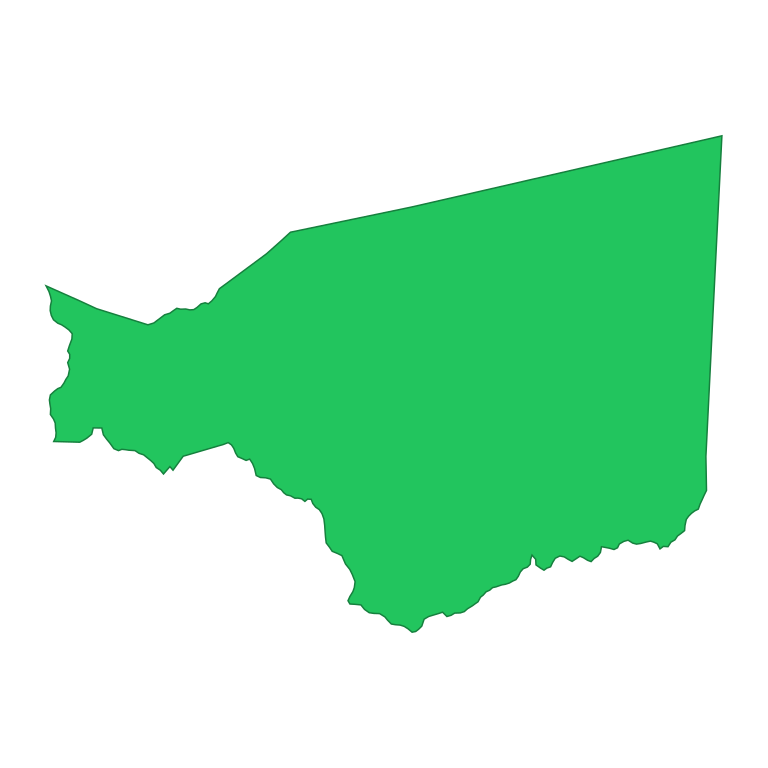 the district of Serra Dourada, Bahia, Brazil
{"feature_id": "56859067B90696169836223", "entity_name": "Serra Dourada", "entity_type": "district", "adm_level": 2, "iso_a3": "BRA", "parent_name": "Brazil", "parent_adm1": "Bahia", "projection": "equal_earth", "projection_center": [-43.899, -12.812], "detail": "fine", "context": "isolated", "style": "filled", "palette": "green", "viewbox_px": 768, "rotation_deg": 0, "n_neighbors": 0, "source": "geoboundaries", "source_scale": "gbopen_adm2", "svg_char_len": 3039}
<svg xmlns="http://www.w3.org/2000/svg" viewBox="0 0 768 768"><path d="M53.7,441.5L79.8,442.2L83.2,440.4L86.8,438.2L91.7,434.2L93.2,427.9L101.8,428.0L103.4,434.8L106.6,439.1L109.8,443.0L113.9,448.7L118.5,450.6L121.9,449.3L125.6,449.7L128.8,450.2L135.0,450.6L139.0,453.3L143.6,454.8L147.2,457.7L150.7,460.5L153.9,463.5L156.2,467.5L160.3,470.2L163.5,474.0L169.9,466.6L173.0,470.2L183.2,456.2L186.4,455.3L218.4,445.9L223.0,444.6L228.2,442.6L231.5,444.9L233.8,448.4L235.6,453.0L237.8,456.7L241.8,458.4L246.1,460.4L249.7,459.1L252.6,463.6L254.6,468.6L256.2,475.5L260.4,477.5L265.7,477.8L270.5,479.1L273.7,483.9L277.3,487.5L281.3,489.7L283.7,492.7L286.5,494.9L290.5,495.8L294.9,498.2L298.0,498.1L301.6,498.8L304.9,501.4L307.6,499.1L311.2,499.3L312.8,503.5L315.7,507.2L319.3,509.6L322.0,513.6L323.9,518.9L324.7,525.5L325.1,531.6L325.5,536.9L326.2,542.9L329.6,547.4L332.2,551.3L336.8,553.2L341.9,555.6L345.5,564.0L349.8,569.4L352.3,574.5L355.1,581.6L354.3,587.6L352.9,591.6L349.9,596.5L348.0,600.7L349.9,604.0L354.8,604.3L360.9,604.9L364.5,609.4L369.2,612.7L373.8,613.4L379.6,613.6L384.9,616.9L387.6,620.2L391.3,624.0L395.3,624.7L400.2,625.1L404.0,626.3L407.9,628.7L412.1,632.2L415.7,631.5L418.7,629.2L421.8,626.1L424.1,619.2L428.7,616.5L432.6,615.3L439.0,613.4L442.6,612.2L446.9,616.5L451.1,615.3L454.7,613.1L460.3,612.9L464.3,611.6L467.6,608.7L472.4,605.8L475.1,603.8L478.0,601.8L480.5,597.2L483.2,595.1L486.1,591.8L489.7,590.2L492.6,587.6L495.9,586.9L501.8,584.9L505.3,584.3L509.4,583.0L512.9,581.0L515.9,579.7L518.3,576.3L520.3,572.0L523.2,568.7L527.4,567.1L530.2,564.2L530.6,559.4L532.0,555.1L535.7,559.3L536.0,564.9L540.5,568.1L544.0,570.2L546.9,568.1L550.6,566.8L552.5,562.7L555.2,558.3L559.8,556.0L564.3,556.9L568.1,559.3L572.1,561.4L576.2,558.7L579.9,556.2L583.4,557.7L587.6,560.3L591.1,561.6L594.2,558.4L597.7,556.2L600.4,552.5L601.5,546.7L609.4,548.2L614.0,549.5L617.5,547.8L619.3,544.0L623.8,541.4L628.1,540.2L632.7,543.1L636.5,544.1L640.6,543.5L646.3,542.0L650.5,541.1L653.9,542.2L657.3,543.8L660.0,548.9L663.3,546.4L668.0,546.7L670.9,542.2L675.0,539.8L677.5,536.0L680.8,533.6L684.6,530.6L685.0,525.5L686.3,519.4L688.6,516.2L691.5,513.3L694.7,510.9L698.3,509.1L700.1,504.0L702.0,500.0L704.1,495.3L706.5,490.4L705.9,456.4L713.3,307.4L721.9,135.8L586.4,166.9L531.5,179.5L411.2,207.1L290.5,232.2L280.0,241.8L266.5,253.8L223.2,285.9L219.4,288.7L217.1,293.1L215.5,296.5L211.8,300.9L208.4,303.8L205.1,302.8L201.0,303.9L197.1,307.4L193.8,309.6L189.9,309.9L185.7,309.0L180.7,309.2L176.8,308.3L173.3,310.7L169.9,313.2L164.6,314.8L153.8,323.0L147.9,324.8L96.6,308.7L80.4,301.2L46.1,285.9L49.0,291.6L50.5,296.3L51.5,300.9L50.4,306.1L50.2,310.6L51.3,315.4L53.5,319.8L57.8,323.2L61.6,324.8L65.0,327.0L68.9,329.9L72.2,333.7L71.9,339.0L69.5,345.4L67.7,351.0L69.7,354.3L69.7,358.4L67.7,362.6L69.6,369.2L68.2,375.9L65.8,379.5L64.0,383.0L61.0,387.3L57.8,388.6L54.6,391.0L50.4,394.9L49.4,399.9L49.9,403.9L50.7,408.7L50.4,414.5L53.5,419.0L55.2,423.0L55.5,428.1L56.1,432.8L55.7,437.3L53.7,441.5Z" fill="#22c55e" stroke="#15803d" stroke-width="1.5"/></svg>